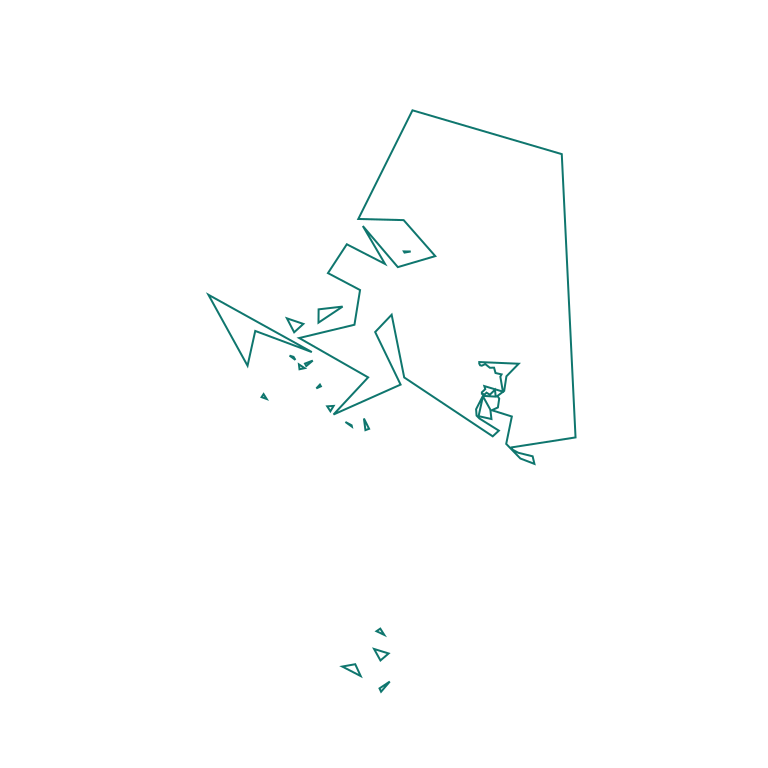 outline of San Lorenzo, Chiriquí, Panama, rotated 24°
{"feature_id": "35544464B69995284434654", "entity_name": "San Lorenzo", "entity_type": "district", "adm_level": 2, "iso_a3": "PAN", "parent_name": "Panama", "parent_adm1": "Chiriquí", "projection": "albers", "projection_center": [-82.13, 8.214], "detail": "medium", "context": "isolated", "style": "outline", "palette": "teal", "viewbox_px": 768, "rotation_deg": 24, "n_neighbors": 0, "source": "geoboundaries", "source_scale": "gbopen_adm2", "svg_char_len": 1778}
<svg xmlns="http://www.w3.org/2000/svg" viewBox="0 0 768 768"><g transform="rotate(24 384 384)"><path d="M580.7,354.9L452.9,101.7L298.7,122.4L293.4,243.7L335.3,226.3L378.8,246.3L349.1,271.6L300.4,248.3L336.1,273.9L293.2,271.5L287.7,305.5L323.9,307.9L332.9,341.9L287.8,376.5L366.8,384.4L350.3,432.4L399.4,377.8L354.8,340.1L362.8,317.6L399.8,369.8L504.6,387.6L507.9,379.9L485.2,376.7L481.4,375.2L478.4,369.6L479.2,354.6L491.2,350.1L487.7,344.1L485.2,350.4L483.8,350.6L481.2,350.2L480.2,352.6L477.4,353.1L476.8,351.8L478.6,347.5L476.5,345.1L495.7,342.6L487.3,330.0L487.5,327.4L481.4,328.6L477.9,324.3L474.1,326.1L468.4,324.6L465.9,327.5L464.2,327.8L462.7,326.6L462.1,325.2L498.8,310.7L492.7,327.2L496.6,341.4L492.5,348.8L495.2,350.5L497.6,359.1L493.2,364.1L514.0,361.7L520.0,389.0L538.9,396.6L553.9,395.8L549.2,389.6L534.7,392.2L528.0,391.7L526.5,389.9L580.7,354.9ZM305.1,384.2L187.3,373.9L251.9,422.8L244.8,387.9L305.1,384.2ZM314.7,330.1L293.9,342.4L299.2,354.6L314.7,330.1ZM491.6,364.2L479.4,355.0L483.5,374.9L496.4,372.3L491.6,364.2ZM285.9,361.9L268.6,363.5L280.9,373.3L285.9,361.9ZM471.7,651.7L460.8,659.1L481.5,660.3L471.7,651.7ZM497.8,628.3L482.7,630.1L493.2,638.0L497.8,628.3ZM388.6,431.0L379.7,423.7L385.8,433.7L388.6,431.0ZM506.5,666.3L510.3,653.5L503.7,663.9L506.5,666.3ZM486.3,613.1L480.1,609.0L477.7,612.9L486.3,613.1ZM282.9,445.4L278.1,442.2L277.5,445.8L282.9,445.4ZM305.1,401.8L298.3,400.7L300.8,404.9L305.1,401.8ZM309.4,391.6L303.5,397.5L305.7,399.2L309.4,391.6ZM346.1,430.7L346.9,424.5L341.2,427.5L346.1,430.7ZM349.3,255.6L354.5,252.1L348.2,254.8L349.3,255.6ZM293.2,398.0L290.3,396.0L286.2,396.5L293.2,398.0ZM324.0,415.5L327.3,411.8L325.7,410.6L324.0,415.5ZM371.2,434.9L364.2,434.4L372.0,436.0L371.2,434.9Z" fill="none" stroke="#0f766e" stroke-width="2"/></g></svg>